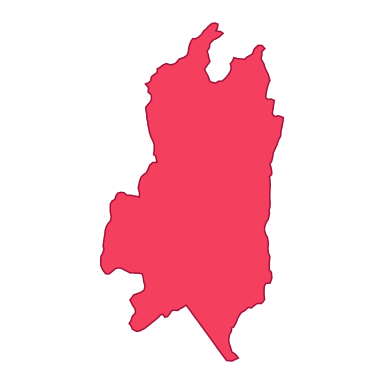 the district of Itaguaçu, Espírito Santo, Brazil
{"feature_id": "56859067B33712162674860", "entity_name": "Itaguaçu", "entity_type": "district", "adm_level": 2, "iso_a3": "BRA", "parent_name": "Brazil", "parent_adm1": "Espírito Santo", "projection": "equal_earth", "projection_center": [-40.868, -19.725], "detail": "fine", "context": "isolated", "style": "filled", "palette": "rose", "viewbox_px": 384, "rotation_deg": 0, "n_neighbors": 0, "source": "geoboundaries", "source_scale": "gbopen_adm2", "svg_char_len": 3510}
<svg xmlns="http://www.w3.org/2000/svg" viewBox="0 0 384 384"><path d="M102.9,270.2L105.6,273.7L108.9,274.0L111.5,272.0L113.5,270.4L115.8,268.4L118.9,267.9L121.5,268.4L124.5,270.0L127.3,271.4L130.1,272.9L133.2,272.8L135.6,273.2L138.6,273.2L142.0,273.7L143.1,276.6L143.6,280.9L145.0,286.2L144.1,290.1L140.8,292.4L136.9,293.8L133.7,294.9L132.1,297.2L129.9,299.9L131.1,302.4L132.7,305.4L135.0,308.7L135.6,312.6L132.5,316.1L130.8,320.9L129.1,323.5L130.8,325.4L132.4,329.1L136.6,331.4L140.2,330.7L142.7,329.3L144.9,328.3L147.7,326.0L150.7,323.6L153.2,321.6L155.2,320.0L158.8,316.9L160.5,314.7L163.2,314.5L164.7,317.2L167.6,316.6L170.0,313.4L171.5,310.9L173.7,310.2L177.7,310.5L180.4,308.6L183.2,307.1L186.1,305.1L189.8,309.9L193.8,315.6L196.2,318.8L208.4,335.5L212.2,340.8L215.2,344.9L217.1,347.7L219.3,350.7L221.2,353.3L226.5,360.5L232.1,361.0L238.4,358.0L235.5,354.4L231.8,351.8L230.3,346.7L228.9,342.6L228.8,338.9L229.5,334.6L231.4,331.3L231.6,328.1L233.9,326.8L236.1,322.6L237.6,318.5L239.3,315.5L241.4,312.4L244.7,310.7L248.1,307.5L251.5,307.9L256.3,303.9L258.5,303.4L261.3,303.6L263.2,301.7L264.6,299.3L264.2,296.4L264.0,293.4L264.1,289.7L264.3,286.2L265.9,283.3L270.1,283.1L271.9,278.0L271.4,272.4L269.3,269.7L269.3,265.2L269.4,261.2L269.9,256.7L268.2,252.3L267.9,248.7L268.4,243.1L267.4,237.5L265.2,233.2L264.4,229.5L264.8,226.4L266.2,222.5L268.2,219.4L268.9,216.5L269.5,213.3L269.1,210.2L269.9,207.3L270.2,203.1L269.8,198.1L269.8,194.2L270.0,189.6L270.3,185.0L269.9,180.0L269.6,176.5L271.7,174.5L271.7,171.3L271.0,167.4L269.9,164.2L271.7,161.2L272.7,156.9L273.2,152.9L274.4,150.4L275.5,147.9L277.0,144.7L278.5,140.1L280.6,136.1L281.0,131.2L282.0,126.9L282.5,123.9L283.1,120.7L283.3,117.5L280.6,116.5L278.2,115.7L275.7,116.5L273.6,115.8L272.2,113.2L273.0,109.6L273.5,105.4L274.3,100.4L270.9,99.0L267.8,99.5L265.7,97.5L266.1,93.7L266.7,90.1L267.6,86.7L268.5,83.5L269.9,80.7L269.2,77.7L268.2,74.5L266.7,71.4L265.1,68.1L263.9,63.9L262.5,61.5L261.1,58.8L261.9,54.8L261.8,51.7L264.9,48.6L262.0,45.5L258.1,45.3L256.1,47.1L254.0,49.5L252.5,53.8L249.8,55.6L247.2,56.9L244.7,59.3L237.4,58.6L233.9,57.6L232.6,60.9L230.3,63.8L231.1,66.6L230.8,70.4L228.6,74.2L225.8,77.8L222.1,81.2L218.7,81.1L215.8,83.0L212.4,82.4L209.9,81.4L208.3,76.6L206.1,72.6L204.5,69.4L207.2,65.2L210.0,61.5L208.9,58.3L208.2,54.6L207.1,51.1L209.3,48.0L210.0,43.3L213.5,39.9L216.5,38.5L219.5,36.7L223.1,33.3L220.5,31.5L215.9,30.9L217.4,28.2L218.0,24.2L214.8,23.0L211.5,23.7L208.2,26.6L206.2,29.0L203.8,30.8L201.8,34.2L198.8,37.0L195.4,38.8L192.7,38.6L190.9,41.5L189.5,44.7L188.7,48.4L188.3,51.8L187.0,55.3L183.6,57.6L179.1,59.0L176.0,63.0L173.0,64.4L170.0,64.7L166.2,63.6L162.7,65.2L160.1,67.3L157.3,68.8L157.1,72.6L154.3,74.5L151.5,76.6L150.5,81.1L148.0,83.0L145.4,84.0L148.6,87.8L148.0,92.0L151.4,95.1L151.4,99.2L150.2,102.0L147.9,104.5L145.7,107.4L146.0,110.6L146.8,115.0L146.8,118.3L147.7,121.6L148.0,125.0L148.7,128.0L149.5,132.4L151.0,137.1L153.3,141.8L154.3,145.3L154.2,149.7L153.6,154.6L155.6,155.9L157.0,162.3L152.7,162.5L149.9,165.0L148.3,168.7L146.4,172.7L143.3,174.8L140.9,177.5L139.6,181.3L138.8,184.9L138.2,188.0L139.5,192.6L139.3,197.1L136.8,196.4L134.3,196.1L131.1,195.3L126.8,195.2L124.1,192.8L120.8,192.3L117.8,193.1L116.0,195.6L114.9,199.3L112.0,201.1L110.3,204.1L110.3,207.5L110.3,212.0L111.3,216.9L110.3,221.1L108.2,223.4L106.4,226.4L105.1,230.8L104.9,234.1L104.3,237.3L103.7,241.5L103.1,245.9L103.9,249.2L102.9,252.8L101.0,256.2L100.7,260.4L100.8,265.5L102.9,270.2Z" fill="#f43f5e" stroke="#9f1239" stroke-width="1.5"/></svg>